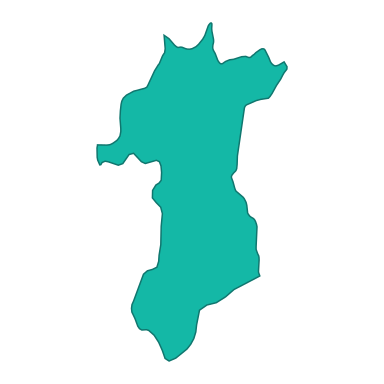 the Province of Yala
{"feature_id": "THA-388", "entity_name": "Yala", "entity_type": "Province", "adm_level": 1, "iso_a3": "THA", "parent_name": "Thailand", "parent_adm1": "", "projection": "equal_earth", "projection_center": [101.243, 6.153], "detail": "fine", "context": "isolated", "style": "filled", "palette": "teal", "viewbox_px": 384, "rotation_deg": 0, "n_neighbors": 0, "source": "natural_earth", "source_scale": "10m", "svg_char_len": 2704}
<svg xmlns="http://www.w3.org/2000/svg" viewBox="0 0 384 384"><path d="M99.8,164.9L97.7,160.1L97.2,157.4L97.0,148.0L97.5,145.2L97.5,144.9L103.4,145.0L106.7,145.1L109.3,144.8L110.4,144.5L111.7,143.9L113.3,143.0L116.9,140.4L118.5,138.5L120.0,135.9L120.8,131.6L120.8,128.6L120.0,118.2L120.4,110.7L121.1,104.3L121.8,101.2L123.3,98.2L126.5,95.1L133.7,91.2L144.7,88.3L146.8,87.2L148.0,85.0L154.6,70.8L158.4,64.7L159.0,64.1L159.5,63.2L162.4,56.2L163.3,54.6L164.6,52.8L165.2,48.7L164.1,35.3L169.0,38.7L174.5,45.1L176.4,46.7L177.9,47.5L179.8,47.2L180.9,47.1L182.2,47.3L185.7,48.7L187.3,49.1L189.6,49.2L192.1,48.7L196.0,46.7L198.6,44.3L202.6,39.3L203.1,38.6L203.5,37.7L204.0,37.0L204.9,35.3L208.2,26.0L208.9,24.8L210.4,23.1L211.3,23.0L211.8,23.6L211.9,24.7L211.7,28.5L211.9,31.1L213.5,39.2L213.6,40.4L213.6,41.6L213.5,42.6L212.9,45.0L212.8,46.2L212.7,47.3L212.8,48.3L212.9,49.0L213.2,49.8L214.0,51.5L214.7,52.6L215.4,54.1L217.7,60.2L218.4,61.4L219.7,63.1L220.8,63.8L221.8,63.8L222.7,63.5L225.5,61.5L229.6,59.8L233.6,59.3L241.7,56.7L245.8,56.4L248.3,57.4L249.8,57.5L250.7,57.2L252.6,55.4L254.0,54.5L255.9,52.6L260.0,49.7L261.9,48.8L263.1,48.8L264.0,49.0L264.7,49.6L265.2,50.4L268.7,57.4L270.3,61.4L270.8,62.4L271.7,63.6L273.6,65.3L274.9,65.8L276.0,65.9L278.6,65.1L284.1,61.9L287.0,66.7L286.9,69.0L286.4,69.8L284.2,72.6L282.7,75.2L280.7,79.1L276.5,85.4L272.1,93.4L270.0,96.5L268.4,98.2L260.6,99.4L256.2,100.6L246.4,104.9L245.3,106.0L244.7,107.1L244.4,108.0L237.4,155.9L237.1,164.5L236.7,168.6L236.2,170.0L235.6,171.0L233.6,173.0L231.9,175.2L231.4,176.6L231.5,177.8L233.0,181.8L234.7,188.1L235.4,190.0L235.8,190.8L236.3,191.4L243.2,197.3L244.3,198.8L246.0,202.2L246.3,203.2L246.8,205.4L247.5,211.8L247.6,212.9L248.1,213.9L249.7,216.1L251.0,217.1L253.4,218.5L254.0,219.1L254.6,219.8L255.5,221.5L256.5,224.4L257.0,226.8L256.1,246.6L256.1,249.3L256.4,250.3L257.8,254.1L258.7,255.8L259.0,257.5L259.1,260.1L258.5,270.7L258.5,272.0L258.8,273.2L259.8,275.9L259.8,276.0L234.0,289.5L225.6,296.8L216.3,302.7L206.9,305.0L199.5,310.2L196.6,324.8L195.8,332.0L193.8,338.6L190.7,344.3L187.0,349.0L175.8,358.1L169.1,361.0L165.1,358.5L162.3,350.4L158.7,342.3L154.1,335.2L148.7,330.4L146.4,329.7L141.8,330.0L139.5,328.7L137.8,326.2L135.0,318.6L133.2,314.8L131.9,312.1L131.5,308.4L132.0,304.6L133.6,301.0L143.5,274.2L147.4,270.8L152.5,269.4L156.9,267.2L158.7,261.3L159.1,255.2L160.8,244.7L161.2,226.3L162.4,213.6L160.7,207.2L156.3,202.7L152.4,197.9L152.6,190.4L155.9,185.0L159.0,183.1L161.2,180.3L161.6,172.5L161.0,165.9L159.4,161.7L156.4,160.3L145.3,163.5L141.4,161.7L133.6,153.3L129.1,154.5L122.8,163.6L118.3,165.2L108.3,161.8L105.1,161.2L102.1,162.5L100.8,164.7L99.8,164.9Z" fill="#14b8a6" stroke="#0f766e" stroke-width="1.5"/></svg>